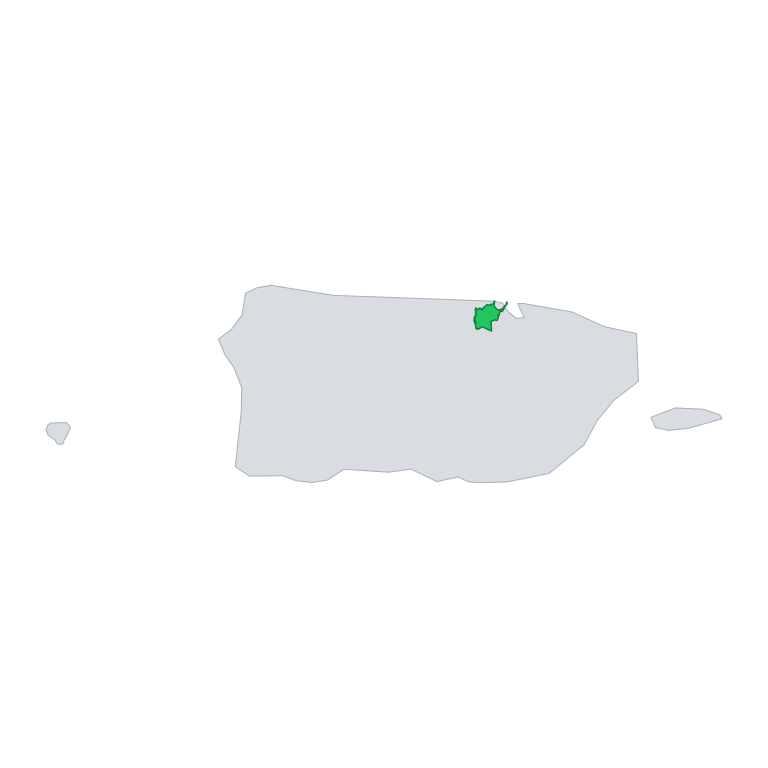 Toa Baja, Puerto Rico (highlighted)
{"feature_id": "32010507B67187557196313", "entity_name": "Toa Baja", "entity_type": "district", "adm_level": 2, "iso_a3": "PRI", "parent_name": "Puerto Rico", "parent_adm1": "", "projection": "equal_earth", "projection_center": [-66.203, 18.432], "detail": "fine", "context": "in_parent", "style": "filled", "palette": "green", "viewbox_px": 768, "rotation_deg": 0, "n_neighbors": 0, "source": "geoboundaries", "source_scale": "gbopen_adm2", "svg_char_len": 2950}
<svg xmlns="http://www.w3.org/2000/svg" viewBox="0 0 768 768"><path d="M508.5,311.8L516.4,318.5L524.0,317.6L517.8,303.5L523.5,303.5L572.5,312.1L604.0,326.6L636.4,333.6L638.5,381.3L613.6,400.5L597.3,420.4L584.0,444.9L549.1,473.4L506.9,482.0L478.9,482.7L468.4,481.8L458.2,476.9L437.0,481.6L410.9,469.1L388.5,472.2L343.9,469.2L327.3,480.1L311.3,482.5L295.6,480.5L282.3,475.7L249.3,476.1L235.3,466.6L241.2,412.2L241.7,387.6L233.7,367.2L224.8,354.4L218.4,339.3L231.4,329.4L242.1,314.9L245.5,293.1L257.1,287.8L270.8,285.3L333.8,295.4L493.3,301.2L502.4,302.9L508.5,311.8ZM688.5,428.3L668.4,430.4L655.4,427.6L651.0,417.4L675.3,407.9L703.7,409.3L719.9,415.0L721.9,418.8L688.5,428.3ZM62.6,444.0L60.2,444.4L57.8,444.0L56.7,443.0L55.0,439.9L47.8,434.7L46.1,430.0L47.7,425.0L50.7,423.1L65.5,422.5L67.0,423.0L70.0,426.5L70.1,428.9L68.6,431.3L66.0,437.3L64.9,438.8L64.0,440.3L63.7,443.0L62.6,444.0Z" fill="#d9dde1" stroke="#a8b0b8" stroke-width="1"/><path d="M491.2,330.9L491.2,330.4L491.5,330.1L491.2,329.3L491.6,328.2L491.3,327.2L491.0,325.8L491.2,325.3L491.0,324.5L491.3,324.2L491.2,323.4L490.9,322.4L491.1,321.8L491.3,321.7L491.7,321.2L492.0,320.8L492.6,320.9L493.6,320.5L493.6,320.4L494.2,319.8L495.5,319.9L496.1,320.6L497.4,320.0L497.4,319.8L497.4,319.6L497.8,319.0L498.1,318.4L498.2,317.5L497.9,316.9L498.2,316.6L498.1,316.2L498.6,315.8L498.0,315.6L498.2,315.0L498.7,315.2L499.2,314.7L499.3,314.4L499.7,312.9L499.7,311.7L500.0,310.8L500.7,310.0L500.9,310.0L500.5,311.3L500.8,311.5L501.0,311.4L501.4,311.0L502.2,311.5L502.8,310.6L502.9,310.1L503.4,309.8L503.9,308.7L504.0,308.4L504.6,307.2L504.9,306.2L505.1,306.0L505.8,305.8L505.6,305.1L504.6,305.8L504.1,306.8L502.5,308.6L502.2,308.7L501.1,309.3L500.1,309.8L499.9,309.8L499.7,309.8L499.0,309.8L497.9,309.7L497.3,309.7L496.9,309.3L496.8,309.2L495.2,307.5L494.6,306.8L494.1,304.3L494.1,304.1L494.4,302.4L494.7,301.8L494.4,301.2L494.0,301.5L494.0,301.8L493.4,303.8L492.0,304.6L490.7,304.3L490.6,304.9L489.5,305.3L488.9,305.3L487.9,304.8L487.2,304.7L486.7,304.9L485.7,305.8L484.1,307.1L482.5,308.7L482.3,309.1L482.5,309.9L482.3,310.1L481.8,309.9L481.3,309.1L480.5,308.4L479.8,308.1L479.1,308.4L478.7,308.7L478.2,309.5L477.5,309.6L477.2,309.5L476.6,308.5L476.3,308.6L476.0,308.8L475.6,308.3L475.3,309.7L475.3,310.0L475.4,310.6L475.8,311.2L475.3,312.6L476.2,313.3L476.3,313.6L475.7,314.2L475.5,314.8L475.6,315.5L475.7,316.5L475.0,316.8L474.7,316.6L474.4,317.3L474.0,318.1L474.5,318.8L475.0,318.3L475.2,318.8L474.9,319.5L474.5,319.2L474.0,320.1L474.1,320.6L474.1,321.4L474.6,322.2L474.9,321.3L475.7,321.6L476.1,322.4L476.1,323.0L475.1,323.7L475.0,323.9L475.4,324.5L475.7,325.6L475.8,328.0L476.5,328.8L477.0,329.2L477.4,328.7L478.4,328.6L478.9,328.9L479.1,329.0L479.7,328.2L480.1,328.2L480.9,327.5L481.6,326.7L482.1,326.8L485.0,328.1L487.1,329.1L489.2,330.0L491.2,330.9ZM506.4,302.4L506.4,304.3L506.5,304.3L506.9,304.3L507.1,302.4L506.7,302.2L506.4,302.4Z" fill="#22c55e" stroke="#15803d" stroke-width="1.5"/></svg>